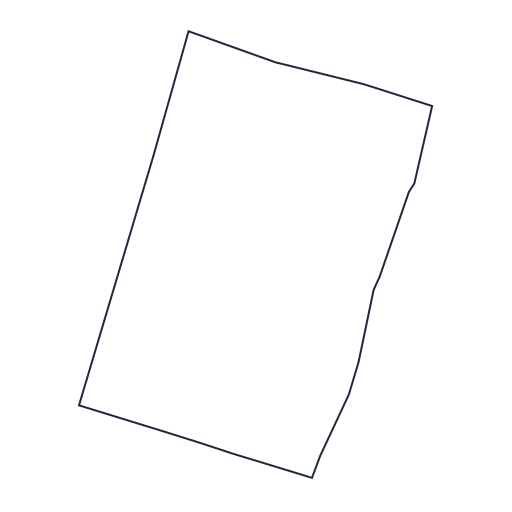 outline of Orleans, New York, United States of America, rotated 107°
{"feature_id": "52423323B61064757463824", "entity_name": "Orleans", "entity_type": "district", "adm_level": 2, "iso_a3": "USA", "parent_name": "United States of America", "parent_adm1": "New York", "projection": "natural_earth1", "projection_center": [-78.228, 43.253], "detail": "fine", "context": "isolated", "style": "outline", "palette": "slate", "viewbox_px": 512, "rotation_deg": 107, "n_neighbors": 0, "source": "geoboundaries", "source_scale": "gbopen_adm2", "svg_char_len": 377}
<svg xmlns="http://www.w3.org/2000/svg" viewBox="0 0 512 512"><g transform="rotate(107 256 256)"><path d="M61.1,131.4L60.2,203.2L65.1,294.1L60.8,386.2L189.8,383.4L450.6,381.6L450.8,290.7L451.1,253.7L451.8,221.9L451.8,137.6L428.5,136.2L361.2,126.7L327.4,126.9L253.9,133.6L239.7,131.7L149.9,128.5L140.3,125.8L61.1,131.4Z" fill="none" stroke="#1e293b" stroke-width="2"/></g></svg>